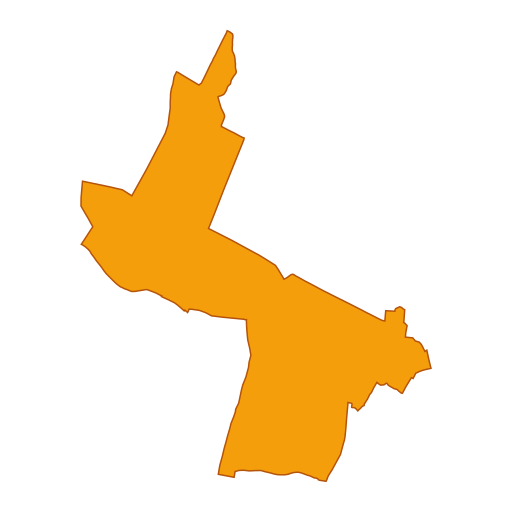 the district of San Damián Texóloc, Tlaxcala, Mexico
{"feature_id": "50627088B38103366804835", "entity_name": "San Damián Texóloc", "entity_type": "district", "adm_level": 2, "iso_a3": "MEX", "parent_name": "Mexico", "parent_adm1": "Tlaxcala", "projection": "orthographic", "projection_center": [-98.295, 19.291], "detail": "fine", "context": "isolated", "style": "filled", "palette": "amber", "viewbox_px": 512, "rotation_deg": 0, "n_neighbors": 0, "source": "geoboundaries", "source_scale": "gbopen_adm2", "svg_char_len": 5324}
<svg xmlns="http://www.w3.org/2000/svg" viewBox="0 0 512 512"><path d="M218.3,474.3L234.1,477.3L235.1,471.5L237.1,471.0L238.7,470.5L241.3,470.3L244.1,470.3L249.3,470.9L255.0,470.6L260.9,470.5L264.3,471.5L266.8,472.1L270.7,473.0L273.7,473.9L277.0,474.6L280.3,474.8L284.6,474.8L288.1,474.3L291.1,473.2L294.5,472.4L298.1,472.2L301.3,472.9L307.7,475.3L309.8,475.8L314.5,478.0L315.5,478.0L316.3,478.1L318.1,479.1L318.4,479.8L319.7,480.3L323.7,480.9L326.0,481.3L326.7,480.0L328.1,476.2L329.7,473.6L332.0,470.0L340.5,454.4L341.8,449.5L344.0,441.4L344.4,440.3L344.9,437.5L345.5,432.0L345.8,428.8L346.4,421.0L346.4,420.5L347.3,410.5L347.5,408.5L348.0,402.5L351.7,403.3L351.9,403.9L352.0,404.4L352.0,404.8L351.8,405.4L351.6,406.6L351.6,407.0L351.7,407.4L352.0,407.5L352.4,407.6L352.7,407.6L353.1,407.6L353.8,407.6L354.3,407.7L355.1,408.1L355.8,408.7L356.4,409.2L357.2,410.2L357.8,410.9L358.9,409.7L360.0,408.8L361.0,407.8L361.9,406.8L362.5,406.1L363.3,405.9L364.0,405.6L364.3,405.0L364.2,404.1L364.7,403.4L365.7,402.0L366.4,400.6L367.3,399.5L368.1,397.7L368.7,396.7L369.1,395.8L369.5,394.7L370.7,393.5L371.6,392.2L372.5,390.3L373.5,388.3L374.3,386.7L374.9,385.8L375.7,384.4L376.5,383.2L376.9,382.4L377.6,383.1L378.0,383.2L378.7,383.9L380.2,384.9L380.7,385.1L381.5,385.1L382.6,384.9L383.7,384.9L384.6,384.5L385.3,383.9L385.8,383.5L386.3,383.3L386.8,383.3L387.4,384.0L388.1,385.0L389.1,385.8L390.8,386.8L392.5,387.7L393.5,388.4L394.4,388.8L395.8,389.1L396.9,389.4L397.3,389.7L398.2,390.5L398.5,390.9L399.3,391.5L400.7,392.7L401.3,393.1L401.7,393.1L402.3,393.3L402.5,393.1L406.0,386.5L411.4,377.7L413.1,378.5L415.8,373.2L417.8,372.3L419.1,371.6L422.8,370.3L423.1,370.2L425.8,369.5L427.4,369.1L428.6,368.9L431.0,368.3L430.3,365.6L428.7,359.0L426.8,350.2L426.5,350.4L424.9,351.4L424.2,350.0L422.8,347.2L421.3,344.4L419.2,342.1L415.2,340.9L414.7,340.2L414.0,339.4L412.8,337.9L405.4,337.1L405.8,332.5L407.1,325.7L404.8,323.1L403.7,322.5L403.8,322.3L404.7,309.9L404.7,309.6L404.2,309.5L403.2,309.0L402.7,308.4L402.2,308.0L401.0,307.2L400.1,306.9L399.5,306.8L399.2,307.0L395.9,308.5L395.5,309.0L395.2,309.5L395.0,310.1L394.9,310.5L394.9,311.2L394.6,311.2L385.7,310.7L384.9,320.5L384.9,320.9L384.3,320.9L383.3,320.7L382.2,320.4L380.8,319.8L378.4,318.6L377.0,317.9L369.2,313.9L367.5,313.1L364.8,311.7L361.8,310.1L358.4,308.4L357.7,308.0L354.9,306.6L350.8,304.5L345.6,301.9L342.1,300.1L340.8,299.5L339.4,298.8L334.0,296.1L331.2,294.7L327.3,292.7L326.4,292.3L322.3,290.2L313.4,285.4L307.3,282.2L304.9,281.0L302.1,279.4L298.0,277.1L296.2,276.2L293.9,274.7L293.0,274.3L292.3,274.3L291.2,274.6L290.6,275.0L289.3,275.9L288.1,276.8L287.0,277.6L286.2,278.1L284.0,279.2L281.9,275.6L277.9,269.0L276.5,267.0L276.0,266.2L275.5,265.4L265.7,259.2L258.0,254.5L256.7,253.9L231.9,240.4L208.5,228.5L214.1,214.6L224.0,189.0L243.7,140.1L244.2,138.1L243.4,137.8L242.3,137.3L239.7,136.0L237.9,135.0L233.7,132.7L230.9,131.4L228.5,130.2L225.9,128.8L223.7,127.7L222.1,126.8L221.4,126.6L221.5,124.8L223.6,119.8L224.5,117.1L224.6,116.0L224.0,113.9L221.9,109.7L220.9,107.4L219.6,103.0L218.4,98.6L218.0,97.2L218.0,96.7L218.4,96.5L221.0,95.7L222.4,95.1L223.2,94.7L224.0,94.1L224.9,92.8L226.0,91.1L226.6,89.6L227.1,88.2L227.6,86.8L228.2,86.0L228.7,85.4L229.3,85.0L229.9,84.5L230.4,83.8L230.8,82.3L231.2,80.4L232.3,78.4L233.4,76.7L234.2,75.5L235.1,74.4L235.6,73.7L236.0,73.0L236.3,71.8L235.9,69.8L235.5,68.0L235.4,67.0L235.4,65.4L235.5,63.6L235.3,62.8L235.1,62.1L235.1,60.1L234.9,58.4L234.7,57.1L234.5,56.0L234.0,54.7L233.5,53.3L233.2,52.7L232.9,52.1L232.5,51.5L232.4,50.8L232.3,50.0L232.2,48.7L232.3,46.8L232.5,44.7L232.4,42.5L232.5,40.7L232.6,39.1L232.8,38.0L232.9,36.5L232.8,35.2L232.7,34.6L232.4,33.9L231.4,33.1L230.0,32.1L228.7,31.4L227.2,30.7L226.4,32.9L225.0,35.6L221.9,41.6L220.9,43.7L218.2,49.1L215.3,55.2L213.3,58.7L212.6,60.6L210.1,65.2L206.7,72.4L203.3,79.4L201.3,83.2L198.9,85.0L190.8,80.2L184.3,76.3L177.9,72.4L176.5,71.8L174.1,76.8L172.9,84.1L171.4,88.7L170.5,94.3L170.5,96.9L170.2,102.1L170.2,108.3L169.4,114.0L168.0,124.9L165.2,133.4L146.5,169.4L131.8,195.8L122.4,189.8L111.2,187.2L82.5,181.2L81.1,197.5L81.0,206.1L88.6,219.1L92.8,226.8L90.5,230.2L83.3,241.3L81.3,244.3L82.8,245.1L85.5,246.9L88.2,249.3L90.0,251.4L91.0,253.2L91.2,253.6L93.8,257.0L95.9,260.1L97.2,261.8L99.7,264.9L101.1,266.7L102.1,268.1L103.7,270.4L104.2,271.1L104.8,271.8L105.9,273.3L110.5,278.0L112.5,280.0L115.8,283.2L116.2,283.6L120.2,286.7L123.5,288.2L124.4,288.7L124.7,288.8L127.3,289.7L129.5,290.7L131.8,291.5L135.0,291.4L143.0,290.1L145.9,289.6L147.3,289.7L153.5,292.0L156.6,293.3L159.2,294.7L161.8,295.9L161.9,296.0L161.5,296.6L161.8,296.7L162.4,297.0L162.9,297.3L164.7,298.1L165.2,298.3L166.7,299.0L167.4,299.3L169.1,300.1L169.8,300.5L171.1,301.1L172.3,301.7L173.4,302.2L174.8,303.0L176.0,303.9L176.7,304.4L178.1,305.5L178.9,306.2L179.6,306.8L182.1,309.0L184.2,310.9L184.8,310.1L187.6,312.5L187.9,311.9L189.2,309.1L192.2,309.3L199.4,310.4L205.5,312.6L211.3,315.7L212.1,316.0L213.0,316.0L222.6,317.2L244.3,319.3L244.9,319.7L246.5,319.7L246.4,320.5L246.6,326.3L247.0,331.9L247.7,339.7L249.7,348.3L250.9,355.4L249.1,362.0L248.5,367.4L245.9,377.1L242.7,385.1L241.4,390.2L238.7,403.1L235.7,409.2L235.3,412.1L233.4,417.5L231.1,423.2L229.6,429.1L228.4,433.2L227.3,436.9L226.3,440.9L224.1,448.7L222.5,455.6L219.8,465.4L218.3,474.3Z" fill="#f59e0b" stroke="#b45309" stroke-width="1.5"/></svg>